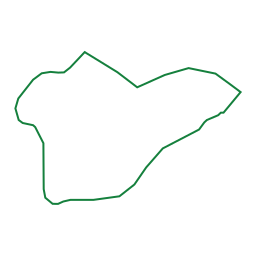 SVG path tracing the border of Porto Novo
{"feature_id": "CPV-5060", "entity_name": "Porto Novo", "entity_type": "state/province", "adm_level": 1, "iso_a3": "CPV", "parent_name": "Cabo Verde", "parent_adm1": "", "projection": "robinson", "projection_center": [-25.199, 17.027], "detail": "fine", "context": "isolated", "style": "outline", "palette": "green", "viewbox_px": 256, "rotation_deg": 0, "n_neighbors": 0, "source": "natural_earth", "source_scale": "10m", "svg_char_len": 558}
<svg xmlns="http://www.w3.org/2000/svg" viewBox="0 0 256 256"><path d="M240.6,92.1L223.5,112.7L220.8,112.7L218.2,115.2L206.9,120.0L204.3,122.4L199.1,129.5L162.8,148.4L146.2,167.4L134.4,184.5L119.4,196.3L93.2,199.9L70.3,199.9L63.3,201.5L58.0,203.9L52.6,203.8L45.3,197.7L43.7,189.2L43.4,143.2L35.2,127.1L33.1,125.2L22.7,123.0L18.7,120.0L15.4,108.4L18.3,98.5L33.1,79.7L41.7,73.3L50.5,71.9L58.3,72.6L64.0,72.4L70.1,67.6L84.7,52.1L117.4,72.2L137.2,87.3L164.7,75.0L188.6,68.1L215.5,73.6L232.3,85.9L240.6,92.1Z" fill="none" stroke="#15803d" stroke-width="2"/></svg>